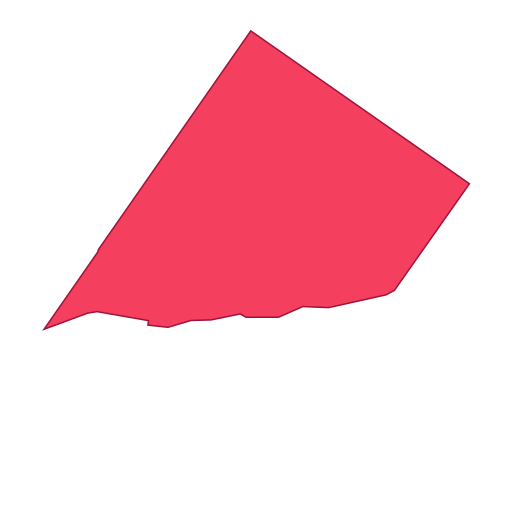 outline of Hamilton, Nebraska, United States of America, rotated 215°
{"feature_id": "52423323B89942881395118", "entity_name": "Hamilton", "entity_type": "district", "adm_level": 2, "iso_a3": "USA", "parent_name": "United States of America", "parent_adm1": "Nebraska", "projection": "equal_earth", "projection_center": [-98.035, 40.936], "detail": "fine", "context": "isolated", "style": "filled", "palette": "rose", "viewbox_px": 512, "rotation_deg": 215, "n_neighbors": 0, "source": "geoboundaries", "source_scale": "gbopen_adm2", "svg_char_len": 422}
<svg xmlns="http://www.w3.org/2000/svg" viewBox="0 0 512 512"><g transform="rotate(215 256 256)"><path d="M388.8,171.2L387.9,168.5L387.6,74.4L361.0,112.8L354.2,119.3L307.0,141.4L304.9,137.4L287.2,147.1L272.3,165.9L256.1,177.9L235.8,199.4L229.0,200.1L202.4,218.8L188.7,241.4L167.0,255.3L127.2,298.8L122.9,307.2L122.6,437.6L125.3,437.6L389.4,437.4L388.8,171.2Z" fill="#f43f5e" stroke="#9f1239" stroke-width="1.5"/></g></svg>